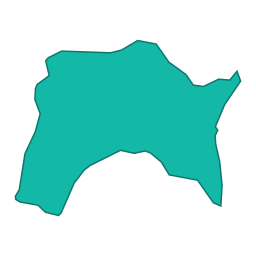 an SVG outline of Medio Campidano, rotated 180°
{"feature_id": "ITA-5372", "entity_name": "Medio Campidano", "entity_type": "Province", "adm_level": 1, "iso_a3": "ITA", "parent_name": "Italy", "parent_adm1": "", "projection": "orthographic", "projection_center": [8.697, 39.58], "detail": "coarse", "context": "isolated", "style": "filled", "palette": "teal", "viewbox_px": 256, "rotation_deg": 180, "n_neighbors": 0, "source": "natural_earth", "source_scale": "10m", "svg_char_len": 731}
<svg xmlns="http://www.w3.org/2000/svg" viewBox="0 0 256 256"><g transform="rotate(180 128 128)"><path d="M19.0,184.8L15.4,174.9L31.4,151.3L40.7,129.2L38.2,126.0L40.9,120.3L40.3,112.0L36.3,94.2L33.9,70.4L35.2,50.0L42.6,53.2L58.4,75.8L86.8,81.1L94.6,93.9L105.6,103.1L111.0,105.0L121.7,102.7L135.5,105.7L165.8,90.6L171.8,86.0L181.8,73.0L194.9,43.0L197.5,40.5L210.6,43.8L218.0,50.8L235.9,54.0L240.3,56.6L240.6,59.7L236.7,66.4L231.0,102.4L220.8,124.1L215.8,142.2L221.1,156.5L220.6,167.2L218.8,171.6L206.8,180.4L210.3,195.3L207.6,198.4L194.3,204.9L145.6,203.2L134.6,205.9L118.3,215.5L99.8,211.9L87.2,193.9L70.1,181.5L62.7,170.9L52.6,169.5L37.3,176.8L26.2,175.9L19.0,184.8Z" fill="#14b8a6" stroke="#0f766e" stroke-width="1.5"/></g></svg>